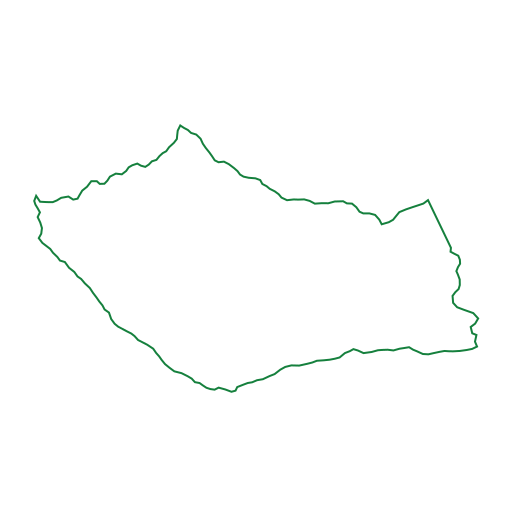 Nova Lima, Minas Gerais, Brazil (Natural Earth projection), rotated 267°
{"feature_id": "56859067B74698489529361", "entity_name": "Nova Lima", "entity_type": "district", "adm_level": 2, "iso_a3": "BRA", "parent_name": "Brazil", "parent_adm1": "Minas Gerais", "projection": "natural_earth1", "projection_center": [-43.899, -20.076], "detail": "fine", "context": "isolated", "style": "outline", "palette": "green", "viewbox_px": 512, "rotation_deg": 267, "n_neighbors": 0, "source": "geoboundaries", "source_scale": "gbopen_adm2", "svg_char_len": 2744}
<svg xmlns="http://www.w3.org/2000/svg" viewBox="0 0 512 512"><g transform="rotate(267 256 256)"><path d="M122.6,228.5L126.1,230.4L128.2,236.7L129.6,241.1L130.1,245.6L131.9,250.5L132.6,256.4L135.4,263.3L137.1,268.4L141.2,274.3L143.7,279.4L144.9,285.6L144.3,293.4L145.7,301.7L146.7,306.7L148.2,311.3L148.3,318.2L148.6,324.3L149.3,329.4L150.3,334.2L154.4,339.7L156.1,344.8L157.9,348.4L156.3,352.8L153.4,358.3L154.1,366.5L155.5,372.8L155.6,377.1L155.5,382.6L154.5,388.3L155.9,394.5L156.3,398.7L156.9,404.1L154.2,408.0L152.5,411.6L149.4,417.5L148.8,423.0L149.7,428.2L150.7,434.4L151.3,439.2L150.8,443.5L150.5,447.7L150.5,454.5L151.1,461.4L151.9,467.0L154.0,472.0L159.0,470.2L165.6,472.0L167.5,467.9L173.9,466.7L177.0,471.3L182.0,474.6L187.6,470.0L191.4,460.8L194.3,454.2L198.9,450.4L205.9,450.2L209.5,453.2L212.4,456.6L216.3,458.0L221.9,458.2L227.0,456.6L230.4,455.3L234.3,457.1L237.6,459.4L241.6,459.4L245.7,458.0L247.9,454.1L250.1,450.5L254.0,451.1L302.8,430.7L299.6,425.9L298.0,420.1L296.6,414.9L294.7,408.2L292.3,401.4L287.9,397.4L285.0,394.8L282.8,390.4L281.1,383.2L285.9,381.0L290.8,377.1L292.6,371.5L292.9,365.4L294.8,361.7L299.5,358.7L303.3,354.6L303.8,349.5L306.1,345.9L306.3,337.4L304.9,331.0L305.3,324.2L305.2,317.5L308.2,312.5L310.0,307.1L310.1,301.1L310.5,296.6L310.1,289.9L313.0,284.5L316.5,281.9L319.6,278.1L322.4,273.2L325.2,270.2L327.6,266.1L331.6,264.2L333.6,259.5L334.5,252.8L335.9,247.7L338.2,244.3L341.7,242.0L345.0,238.6L349.2,233.6L351.9,228.9L351.6,223.5L353.7,219.8L358.0,217.3L361.8,214.9L366.5,211.5L370.9,208.8L376.0,206.8L380.4,202.7L382.3,197.6L385.4,194.6L387.6,190.9L390.3,187.2L385.3,184.4L381.2,183.7L377.0,183.1L373.3,179.9L369.2,174.9L365.3,171.8L363.6,168.2L360.8,164.8L357.2,161.6L356.0,157.0L352.9,153.7L350.8,150.1L352.2,145.9L354.5,142.3L353.1,137.2L351.2,133.5L347.7,130.8L344.6,126.3L345.6,120.3L342.9,114.3L339.0,111.5L336.1,108.4L336.2,103.7L339.0,101.0L339.3,95.4L334.0,90.9L330.4,85.9L325.8,82.8L322.6,80.8L321.9,76.4L325.2,71.8L324.3,64.5L321.9,60.0L320.4,55.8L320.8,49.7L321.5,43.2L327.6,39.6L322.6,37.4L318.9,38.4L315.0,40.5L310.9,42.5L306.3,40.0L300.7,42.3L295.1,43.7L289.5,42.7L285.2,40.0L280.2,43.4L276.8,47.4L273.8,50.9L269.9,53.4L265.4,57.6L261.7,60.0L260.0,64.8L254.0,68.7L249.6,73.7L244.9,76.7L242.2,80.2L237.7,83.6L232.7,88.4L227.7,91.3L223.0,94.5L218.8,97.1L214.7,100.1L210.5,102.0L207.2,106.2L200.6,108.1L195.7,111.3L192.6,114.7L187.6,123.0L185.1,127.4L182.4,130.5L178.3,133.8L173.1,142.7L168.8,148.5L164.4,151.2L160.9,154.0L157.2,156.3L152.8,159.5L148.9,163.8L145.1,168.4L142.9,175.5L139.5,181.5L136.9,185.4L133.2,188.4L132.1,193.0L129.6,196.1L127.0,199.6L125.5,203.5L124.7,207.7L126.5,211.8L124.3,218.4L121.7,224.4L122.6,228.5Z" fill="none" stroke="#15803d" stroke-width="2"/></g></svg>